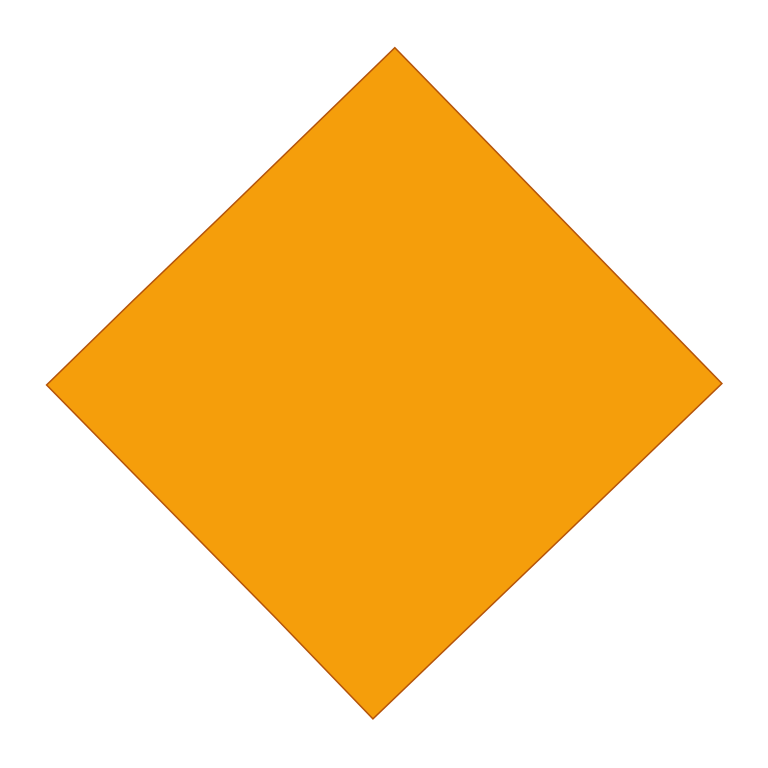 outline of Eaton, Michigan, United States of America, rotated 136°
{"feature_id": "52423323B43164712790124", "entity_name": "Eaton", "entity_type": "district", "adm_level": 2, "iso_a3": "USA", "parent_name": "United States of America", "parent_adm1": "Michigan", "projection": "equal_earth", "projection_center": [-84.755, 42.596], "detail": "fine", "context": "isolated", "style": "filled", "palette": "amber", "viewbox_px": 768, "rotation_deg": 136, "n_neighbors": 0, "source": "geoboundaries", "source_scale": "gbopen_adm2", "svg_char_len": 291}
<svg xmlns="http://www.w3.org/2000/svg" viewBox="0 0 768 768"><g transform="rotate(136 384 384)"><path d="M624.6,150.8L384.1,150.0L140.6,149.6L142.6,618.4L385.1,617.9L505.9,618.3L627.4,617.7L626.4,500.2L624.4,290.6L624.6,150.8Z" fill="#f59e0b" stroke="#b45309" stroke-width="1.5"/></g></svg>